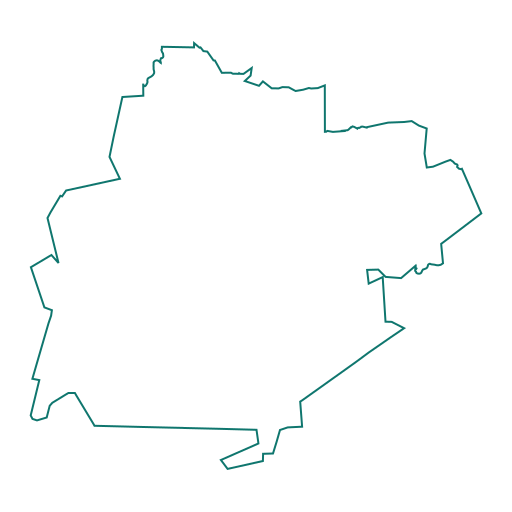 outline of Cananea, Sonora, Mexico
{"feature_id": "50627088B87713420511875", "entity_name": "Cananea", "entity_type": "district", "adm_level": 2, "iso_a3": "MEX", "parent_name": "Mexico", "parent_adm1": "Sonora", "projection": "robinson", "projection_center": [-110.19, 30.986], "detail": "fine", "context": "isolated", "style": "outline", "palette": "teal", "viewbox_px": 512, "rotation_deg": 0, "n_neighbors": 0, "source": "geoboundaries", "source_scale": "gbopen_adm2", "svg_char_len": 3450}
<svg xmlns="http://www.w3.org/2000/svg" viewBox="0 0 512 512"><path d="M161.9,46.8L161.9,48.9L161.5,49.5L161.4,49.9L161.5,50.5L161.8,51.1L162.0,51.8L162.4,52.6L163.0,53.4L163.0,53.7L163.1,54.2L163.2,54.9L163.3,55.8L163.3,56.6L163.0,57.3L162.6,57.7L162.0,58.1L161.2,58.1L160.9,58.4L160.8,58.7L160.7,59.0L160.5,59.5L160.4,60.0L160.3,60.5L160.3,61.0L160.6,61.8L160.8,62.4L160.8,62.9L160.5,62.7L160.3,62.5L159.9,62.1L159.6,61.7L159.0,61.3L158.5,61.0L157.8,60.5L156.8,60.3L156.3,60.4L155.3,60.7L154.7,61.1L154.2,61.6L153.8,62.0L153.6,62.4L153.6,63.0L153.6,63.7L153.6,64.5L153.5,65.9L153.6,67.3L153.6,68.4L153.6,68.9L153.7,69.8L153.9,70.4L154.1,71.3L154.2,72.0L154.1,73.2L153.9,73.6L153.4,74.4L153.1,74.9L152.6,75.4L152.1,75.8L151.7,76.2L150.9,76.7L149.8,77.3L148.5,78.0L147.9,78.5L147.6,79.0L147.4,80.0L147.3,80.9L147.5,81.7L147.4,82.5L147.3,82.9L147.0,83.3L146.8,84.0L146.4,84.4L146.2,84.9L146.0,85.3L145.5,85.8L144.9,86.2L144.0,85.9L143.6,85.2L143.4,84.6L143.2,84.6L143.3,95.7L122.4,97.0L113.8,136.0L109.5,156.9L119.9,178.8L118.4,179.1L66.1,190.5L62.1,196.4L60.4,195.8L50.6,212.2L47.5,218.0L51.5,234.4L58.5,263.0L51.4,255.0L30.9,267.2L44.4,307.4L51.9,310.2L51.1,315.7L48.5,323.3L36.2,365.6L32.4,378.8L39.3,380.1L30.7,415.4L32.5,418.9L37.0,420.4L46.7,417.5L49.7,405.8L52.3,402.8L68.3,393.0L74.9,393.0L75.2,393.5L76.4,395.6L93.5,424.0L94.5,425.8L95.4,425.8L123.8,426.5L143.4,427.0L143.7,427.0L169.1,427.6L182.6,427.9L184.4,428.0L185.0,428.0L219.1,428.8L256.5,429.8L258.2,441.8L258.4,443.5L220.9,460.0L227.6,468.9L262.9,461.0L263.1,453.8L273.0,453.5L276.6,441.8L280.0,430.0L287.7,427.4L302.1,426.7L300.2,401.6L302.1,400.4L348.1,367.6L356.2,361.8L368.9,352.4L390.7,337.3L404.1,328.2L393.9,323.0L391.8,321.9L390.7,321.8L389.6,321.8L385.5,321.7L382.7,277.1L368.7,283.6L368.0,277.7L367.1,269.9L378.3,269.6L385.6,276.9L401.1,278.1L415.7,265.6L415.8,266.0L415.6,266.4L415.3,266.9L415.1,267.3L415.1,267.8L415.9,267.9L416.5,268.4L416.3,268.8L416.2,269.0L415.7,269.3L415.5,269.5L415.2,269.8L415.1,270.1L415.2,270.5L415.3,271.1L415.7,271.4L416.0,271.7L416.1,272.0L416.2,272.5L416.5,273.0L417.1,273.3L417.9,273.6L419.0,273.7L419.9,273.6L420.7,273.2L421.1,272.8L421.4,272.5L421.5,272.1L421.6,271.9L421.9,271.3L422.2,270.7L422.6,270.1L422.9,269.6L423.3,269.4L423.7,269.3L424.4,269.1L425.1,268.8L425.9,268.5L426.7,268.0L427.2,267.4L427.5,266.8L427.7,266.4L427.8,265.8L428.1,264.8L428.6,264.3L429.5,263.8L430.0,263.8L431.2,264.3L432.8,264.5L434.5,264.7L436.6,265.2L438.4,265.3L440.7,264.8L443.0,263.3L441.3,245.4L441.2,243.8L443.8,241.9L481.3,213.4L468.2,183.2L461.9,168.8L461.2,169.2L459.0,168.7L457.1,166.9L457.6,165.3L457.1,164.5L454.8,163.6L453.1,161.7L450.4,159.9L445.6,161.6L433.0,166.7L426.8,167.5L424.5,153.5L426.7,128.5L418.9,125.6L413.3,122.1L411.7,121.1L410.0,121.3L404.1,122.0L388.2,122.6L366.8,127.2L366.7,127.6L362.6,126.6L361.2,126.7L361.0,127.0L359.1,128.0L358.6,127.8L357.5,128.1L357.3,128.6L354.2,126.9L352.5,126.4L351.3,127.4L351.0,127.2L348.5,129.6L347.6,130.2L343.0,130.7L343.5,131.1L332.9,131.9L327.3,130.9L326.3,131.7L324.9,131.8L324.8,85.4L317.8,88.1L311.2,88.5L308.9,88.0L303.2,89.7L295.5,91.0L288.7,87.3L282.4,87.1L278.7,88.4L271.7,88.3L262.9,81.4L259.0,85.8L244.8,81.0L250.6,75.6L251.7,68.0L243.5,73.9L240.1,73.8L239.1,73.2L238.8,73.8L232.8,73.7L230.9,72.7L221.8,72.8L214.9,60.5L213.5,60.4L207.3,51.6L203.4,51.1L201.7,48.9L200.5,47.4L199.5,47.7L194.1,43.1L194.0,47.4L168.3,46.9L161.9,46.8Z" fill="none" stroke="#0f766e" stroke-width="2"/></svg>